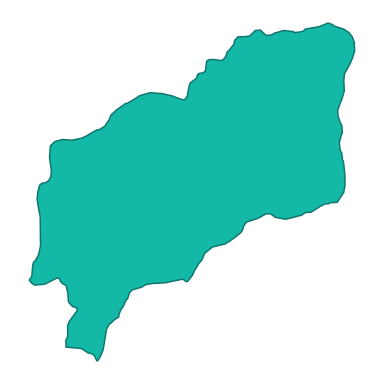 the district of Guatemala, Guatemala
{"feature_id": "79465075B25759952858694", "entity_name": "Guatemala", "entity_type": "district", "adm_level": 2, "iso_a3": "GTM", "parent_name": "Guatemala", "parent_adm1": "", "projection": "natural_earth1", "projection_center": [-90.482, 14.625], "detail": "fine", "context": "isolated", "style": "filled", "palette": "teal", "viewbox_px": 384, "rotation_deg": 0, "n_neighbors": 0, "source": "geoboundaries", "source_scale": "gbopen_adm2", "svg_char_len": 2403}
<svg xmlns="http://www.w3.org/2000/svg" viewBox="0 0 384 384"><path d="M110.7,115.3L109.5,119.2L104.8,126.2L99.4,129.6L97.0,129.9L95.9,130.4L84.6,136.9L81.7,138.2L71.8,140.2L62.4,139.5L55.1,141.5L50.5,145.6L49.5,157.5L51.4,170.8L50.8,176.9L48.5,180.7L45.5,182.8L41.9,183.3L39.5,185.4L37.8,192.3L37.1,199.1L38.5,208.0L40.2,216.9L40.5,246.0L38.5,254.8L35.6,260.3L33.6,262.1L32.7,265.9L31.8,276.3L29.3,280.0L31.3,282.8L34.5,285.1L44.8,284.2L56.6,278.2L58.4,278.1L59.9,279.3L60.2,281.1L62.5,283.6L66.1,285.4L66.4,286.9L67.8,292.8L68.5,302.0L72.4,306.4L77.3,308.2L76.7,311.7L76.0,312.2L69.0,321.8L67.6,325.9L67.7,336.4L65.9,340.2L66.0,347.1L80.3,348.4L81.9,348.8L87.8,352.8L92.5,354.1L94.9,356.3L95.4,357.8L96.5,360.3L97.3,361.0L99.2,358.6L101.2,354.6L102.1,352.4L103.3,349.1L106.6,328.9L109.6,323.7L110.5,323.5L114.4,319.8L118.7,317.0L119.1,313.9L121.0,309.5L123.1,306.7L126.3,299.6L127.5,299.0L129.7,292.4L132.0,290.0L142.1,287.0L145.2,284.8L151.9,283.5L165.1,282.8L182.0,279.3L183.4,279.5L186.0,281.6L187.8,281.3L192.5,275.1L194.8,270.0L198.9,263.4L201.9,260.0L204.5,253.7L205.5,252.7L208.9,249.9L212.4,247.1L225.6,243.8L227.8,241.9L228.7,242.0L232.0,239.4L239.8,233.6L241.5,231.7L242.7,229.6L243.7,225.8L246.6,222.0L257.6,218.5L266.3,213.7L270.8,214.0L272.3,215.1L275.3,217.3L285.6,219.3L301.6,215.2L305.4,212.5L311.0,212.3L321.4,205.6L326.0,203.7L328.3,203.9L329.6,202.9L337.3,202.2L339.9,198.2L342.1,195.0L343.7,192.6L345.0,185.0L344.9,175.1L343.4,161.2L342.5,160.0L341.8,153.3L340.1,150.1L339.3,142.5L341.7,133.8L342.3,133.2L342.0,127.0L341.3,124.0L340.5,123.5L338.0,115.7L337.7,109.4L338.4,108.4L340.6,102.0L341.5,100.2L344.3,91.1L343.8,80.2L344.5,73.6L350.0,63.9L352.3,58.4L354.7,51.0L354.2,42.2L352.2,36.8L348.7,32.4L344.2,29.3L334.1,26.0L332.7,24.7L328.1,23.0L318.8,26.8L305.4,29.0L303.4,31.1L299.4,32.1L294.4,32.5L293.3,31.6L283.8,30.5L274.3,33.2L271.9,34.8L267.0,35.4L265.7,35.0L261.6,31.3L260.5,30.0L255.3,30.5L249.4,36.1L246.2,36.5L237.6,36.9L237.2,37.9L235.1,39.8L234.4,41.3L234.1,43.8L228.7,50.9L227.9,51.1L226.9,52.6L225.8,56.4L223.3,59.5L221.3,60.6L212.8,59.4L208.3,59.9L206.6,61.4L205.5,70.7L203.4,72.7L198.5,73.6L197.1,75.6L197.0,77.5L193.8,80.4L190.5,82.6L189.3,85.2L187.4,95.4L186.4,97.8L184.3,99.8L180.9,99.2L172.1,95.9L162.2,93.6L150.0,92.7L139.8,95.6L134.2,99.3L132.3,100.4L127.2,103.3L125.4,103.6L116.7,109.8L110.7,115.3Z" fill="#14b8a6" stroke="#0f766e" stroke-width="1.5"/></svg>